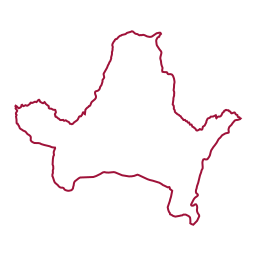 the district of Contratación, Santander, Colombia
{"feature_id": "7082276B96001848010118", "entity_name": "Contratación", "entity_type": "district", "adm_level": 2, "iso_a3": "COL", "parent_name": "Colombia", "parent_adm1": "Santander", "projection": "robinson", "projection_center": [-73.502, 6.304], "detail": "fine", "context": "isolated", "style": "outline", "palette": "rose", "viewbox_px": 256, "rotation_deg": 0, "n_neighbors": 0, "source": "geoboundaries", "source_scale": "gbopen_adm2", "svg_char_len": 5818}
<svg xmlns="http://www.w3.org/2000/svg" viewBox="0 0 256 256"><path d="M160.4,32.8L159.3,32.7L156.6,33.3L152.1,36.4L151.0,36.8L149.6,36.9L147.1,36.4L144.6,35.2L143.6,34.9L142.7,34.9L141.7,35.2L140.9,35.0L139.8,35.3L139.2,35.2L137.4,34.1L135.8,33.8L135.1,33.5L132.8,31.5L131.8,31.3L130.8,31.8L127.0,32.9L125.5,34.1L122.2,34.9L121.6,35.1L121.2,35.5L119.9,35.9L118.4,37.1L117.1,38.7L116.4,39.1L115.8,39.1L115.0,39.7L114.6,40.7L113.9,41.4L112.9,43.2L112.4,44.3L112.3,45.5L112.5,45.9L112.8,47.0L112.5,49.0L112.6,49.7L112.2,51.5L111.9,52.1L112.0,52.7L111.9,54.6L111.1,57.4L111.2,58.4L110.7,59.9L110.3,61.0L109.4,62.3L108.6,64.3L108.0,65.2L107.0,67.8L103.7,73.6L103.6,74.2L104.2,77.3L103.9,78.1L102.5,80.1L102.5,81.7L101.5,85.0L100.2,86.9L99.7,88.7L99.2,89.6L97.9,90.7L95.9,91.3L95.5,91.5L95.1,92.1L95.0,92.9L95.2,94.1L96.0,96.2L95.9,97.8L95.0,99.2L91.8,101.9L91.3,102.7L90.2,105.5L89.4,106.1L88.9,106.1L88.3,107.0L87.1,107.8L85.9,109.1L85.4,109.9L84.9,114.2L84.7,114.1L84.4,113.5L84.3,112.8L83.9,112.4L83.3,112.3L82.9,112.5L82.5,113.8L81.9,115.1L81.4,115.5L81.1,116.2L80.6,116.4L79.7,116.3L79.1,116.7L77.9,119.3L77.2,120.2L73.7,122.7L73.3,123.4L72.6,123.9L71.8,124.2L70.6,123.8L70.0,123.8L68.9,122.1L67.2,121.3L65.8,120.3L64.1,120.8L63.6,120.5L63.2,119.9L60.8,120.1L60.0,119.9L58.9,118.7L58.1,118.4L57.0,117.3L55.9,116.9L55.4,116.5L55.4,115.4L55.0,115.0L54.9,114.4L55.0,113.8L55.8,112.6L55.9,112.2L55.4,110.3L55.2,109.9L53.1,109.7L51.3,108.7L50.3,108.7L49.4,108.5L48.8,108.0L48.7,106.2L45.8,103.9L44.9,102.4L44.5,102.1L43.4,103.1L42.5,103.1L40.3,101.9L39.9,101.4L39.7,100.5L39.1,99.8L38.5,99.9L36.5,102.1L35.0,101.7L32.6,102.8L31.9,103.0L31.4,102.7L30.8,102.6L30.3,103.0L30.0,103.8L27.6,105.6L27.0,105.7L25.5,105.2L23.6,106.1L23.2,106.1L22.1,104.8L21.5,105.1L21.3,106.1L20.8,107.2L19.4,108.0L18.5,108.2L16.9,106.5L15.7,105.7L15.4,106.2L15.6,106.7L16.2,107.2L15.8,107.9L15.6,108.5L16.9,110.2L17.2,110.9L15.9,113.1L16.0,114.3L16.6,114.9L16.5,115.5L16.1,116.1L16.0,116.4L16.5,119.5L16.6,123.0L16.9,123.6L17.6,123.7L18.1,124.5L18.5,125.5L19.0,126.0L19.8,128.2L20.4,128.8L22.1,129.8L23.2,130.6L25.3,131.5L25.8,132.0L27.5,134.1L29.0,135.0L29.8,135.6L30.6,136.5L30.8,137.5L30.7,140.2L31.5,141.4L32.7,142.2L34.4,143.0L38.6,143.1L40.0,143.4L41.3,144.1L44.3,145.0L49.0,146.1L50.3,146.5L51.5,147.1L52.9,147.4L55.0,147.6L55.1,148.4L54.4,150.0L53.8,151.6L53.7,152.9L54.0,155.0L53.3,156.4L52.9,159.2L52.6,164.5L53.2,166.1L53.3,168.9L52.9,169.9L52.8,171.0L52.9,172.3L52.8,173.4L52.4,174.4L52.4,176.2L52.9,177.1L54.1,180.9L54.6,182.1L55.2,182.9L58.0,185.3L58.7,186.3L60.0,187.3L61.2,187.7L62.7,187.7L63.6,188.1L64.5,189.5L65.5,190.1L66.7,190.5L68.1,190.8L69.3,190.7L71.4,190.2L72.3,189.4L73.0,188.3L73.2,186.9L73.7,185.3L73.8,184.1L74.2,182.4L74.9,181.3L78.7,178.3L80.2,177.5L93.3,177.0L96.0,176.1L100.5,173.9L102.7,172.5L104.2,172.1L106.4,172.5L108.6,172.6L113.8,172.1L115.2,172.4L122.2,175.3L129.0,176.4L131.7,176.3L134.1,175.9L137.4,174.7L138.5,175.0L147.5,179.2L149.8,180.0L152.8,180.7L159.3,182.7L161.9,184.2L162.4,184.7L163.2,185.2L163.8,185.4L167.7,187.3L168.4,187.3L169.1,187.0L169.4,187.1L169.8,188.0L170.0,189.1L171.6,190.2L172.2,190.8L171.0,196.8L170.2,199.3L169.8,201.1L167.7,207.2L168.2,209.7L168.8,211.4L169.2,212.2L169.7,212.7L170.1,214.3L171.6,214.9L172.7,215.7L173.6,216.1L175.4,216.6L179.9,215.8L180.8,215.5L182.1,215.4L183.4,214.6L185.7,214.6L188.7,216.1L190.0,217.4L190.2,218.5L190.4,221.0L190.3,223.3L191.5,224.1L193.3,224.7L197.1,220.8L199.2,216.3L199.1,215.2L197.6,212.8L197.1,211.4L196.9,209.8L197.1,208.7L197.2,207.1L196.9,205.7L196.1,204.4L195.3,204.3L194.4,204.7L193.8,205.4L192.8,205.7L191.6,205.6L191.2,205.2L191.1,204.5L193.8,199.2L195.0,197.7L197.4,196.0L197.9,195.1L197.7,194.4L196.2,193.0L195.9,192.0L196.0,190.1L196.6,188.4L197.0,186.2L198.2,182.8L200.0,175.3L201.1,172.4L201.6,170.3L202.6,168.5L202.7,167.1L202.4,162.8L202.6,161.2L203.3,159.5L204.4,159.1L206.0,159.5L207.4,159.2L208.9,157.2L209.9,155.3L210.7,152.0L211.2,150.4L213.4,147.0L214.7,145.4L216.6,142.8L218.4,139.5L219.2,138.5L220.2,137.7L222.1,135.3L225.4,133.4L228.5,132.7L228.8,132.1L228.5,129.5L228.8,128.2L229.4,126.8L231.6,124.7L232.3,123.5L234.8,120.5L236.2,120.0L237.7,119.9L240.1,119.1L240.6,118.5L240.1,118.3L239.4,117.3L238.2,117.1L237.8,116.7L237.3,115.0L236.2,114.6L235.6,114.1L235.2,113.2L234.6,112.5L233.4,112.7L232.6,113.1L231.5,113.3L231.0,112.9L230.3,111.6L229.9,111.5L229.1,111.2L228.9,110.6L228.2,110.2L227.2,110.3L226.1,109.9L225.7,110.0L225.2,110.5L224.5,110.6L224.1,111.0L223.9,111.7L223.5,112.2L223.0,112.4L222.5,112.9L221.4,115.3L220.6,116.2L219.7,116.6L218.8,116.5L217.8,116.8L216.4,118.2L216.1,117.8L216.0,115.6L215.8,115.2L213.2,116.5L210.6,116.7L210.0,117.6L209.3,118.0L208.2,118.3L207.6,118.7L206.6,120.7L206.3,121.8L206.3,122.3L205.1,124.7L204.7,125.5L202.9,126.7L202.4,129.0L201.8,129.7L201.1,129.7L200.3,129.2L199.7,129.1L199.3,129.6L197.5,130.5L196.5,130.4L195.9,129.7L195.6,129.0L195.0,128.3L194.4,128.1L193.7,127.2L192.4,126.7L191.5,124.6L189.9,124.6L189.2,122.6L188.5,122.7L187.8,122.5L187.0,121.2L185.9,121.1L185.0,119.9L183.5,120.0L182.6,118.7L181.5,117.7L180.7,116.3L179.4,115.6L179.0,115.0L177.2,114.1L176.8,113.5L176.1,113.1L175.4,112.4L174.9,111.8L174.7,110.2L173.8,108.8L173.9,107.3L173.6,105.6L172.7,104.5L173.4,99.4L173.4,98.3L173.6,97.3L174.1,95.7L174.1,94.1L174.2,93.7L174.2,92.0L173.6,90.2L174.0,87.3L174.1,84.6L174.5,82.6L174.5,81.5L174.0,78.6L173.1,76.1L172.1,74.7L171.5,74.4L170.3,74.1L168.6,74.2L167.9,74.0L167.4,73.4L167.3,72.7L166.7,72.2L164.3,72.1L162.5,71.8L162.2,70.9L162.2,70.0L162.3,69.2L162.5,68.4L162.5,67.7L161.7,65.6L161.3,64.1L161.1,62.5L161.0,61.2L160.3,58.6L160.4,57.1L161.3,53.6L161.4,52.4L161.1,51.4L159.5,49.4L156.9,45.4L156.6,44.3L156.2,41.0L156.3,39.9L157.5,37.6L158.5,37.0L159.2,36.8L159.6,35.4L161.0,33.9L160.4,32.8Z" fill="none" stroke="#9f1239" stroke-width="2"/></svg>